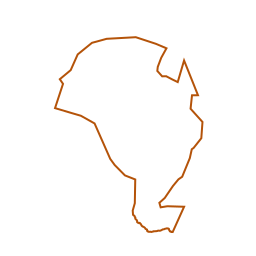 outline of Darxan, Hentiy, Mongolia, rotated 202°
{"feature_id": "93677404B15317120732328", "entity_name": "Darxan", "entity_type": "district", "adm_level": 2, "iso_a3": "MNG", "parent_name": "Mongolia", "parent_adm1": "Hentiy", "projection": "orthographic", "projection_center": [109.184, 46.592], "detail": "fine", "context": "isolated", "style": "outline", "palette": "amber", "viewbox_px": 256, "rotation_deg": 202, "n_neighbors": 0, "source": "geoboundaries", "source_scale": "gbopen_adm2", "svg_char_len": 2072}
<svg xmlns="http://www.w3.org/2000/svg" viewBox="0 0 256 256"><g transform="rotate(202 128 128)"><path d="M90.8,49.4L89.3,49.0L88.8,48.7L88.7,48.4L88.5,48.2L88.2,48.0L87.9,47.9L87.7,47.8L87.6,47.6L87.5,47.1L87.3,46.7L86.9,46.4L86.4,46.2L86.0,46.1L85.6,46.0L85.3,45.7L85.0,45.5L84.8,45.3L84.7,45.1L84.5,44.6L84.4,44.4L84.3,44.2L84.0,44.1L83.5,43.9L83.3,43.9L82.9,44.0L82.7,44.1L82.3,43.9L82.1,43.9L82.0,44.0L81.9,44.1L81.8,44.3L81.6,44.4L81.3,44.3L81.1,44.2L80.8,44.0L80.5,43.9L80.2,43.7L79.9,43.6L79.7,43.5L79.6,43.4L79.4,43.1L79.0,42.7L78.7,42.5L78.5,42.4L78.1,42.4L77.6,42.1L77.3,42.1L76.8,42.2L76.2,42.1L75.7,42.0L75.0,41.8L74.5,41.5L74.3,41.3L73.9,41.0L73.5,41.0L73.2,41.0L72.8,41.0L72.5,41.0L72.3,40.9L72.1,40.6L72.0,40.3L71.9,40.1L71.8,39.9L71.7,39.8L71.4,39.9L71.2,39.9L71.0,39.7L70.9,39.5L70.7,39.5L70.4,39.5L70.1,39.5L69.9,39.5L69.7,39.6L69.2,39.8L68.9,39.9L68.6,40.1L68.4,40.2L68.1,40.3L67.6,40.3L67.3,40.4L66.8,40.8L66.4,41.1L66.0,41.3L65.9,41.4L65.8,41.7L65.3,42.0L64.6,42.2L63.9,42.6L63.4,42.8L63.0,43.0L62.7,43.2L62.3,43.5L62.1,43.6L61.8,44.0L61.3,44.2L61.0,44.4L60.5,44.5L60.2,44.6L59.9,44.7L59.8,44.8L59.1,45.4L58.9,45.6L58.1,46.6L57.8,47.0L57.4,47.2L56.7,47.6L56.5,47.8L56.2,48.2L55.8,48.5L55.3,48.8L54.9,49.1L54.6,49.4L54.3,49.5L54.1,49.6L53.8,49.6L53.5,49.8L53.2,49.8L52.8,49.9L52.4,49.8L52.2,49.7L52.1,49.4L51.8,49.1L51.7,48.9L51.3,48.6L51.0,48.4L50.7,48.2L50.5,47.9L50.3,47.9L50.0,47.9L49.8,47.9L49.6,48.1L49.4,48.0L49.1,47.9L48.9,47.8L48.6,47.9L48.4,48.0L48.1,48.2L47.9,48.2L47.6,48.3L46.5,76.0L62.2,70.2L68.0,66.7L70.9,70.4L67.7,76.9L64.6,91.1L62.0,99.3L59.5,103.1L59.4,123.2L60.9,132.2L59.7,134.1L56.2,146.0L61.2,161.5L77.2,169.3L80.9,182.3L75.4,184.6L101.3,211.6L99.1,189.2L104.9,189.6L112.0,190.3L115.7,188.7L122.2,191.9L123.3,195.8L123.5,205.6L122.2,216.3L133.7,216.5L154.8,215.1L181.2,202.7L189.7,196.2L193.3,193.5L202.2,177.4L202.8,160.2L209.5,147.7L204.8,144.6L203.1,119.1L186.2,120.7L176.3,121.7L160.7,119.7L132.9,92.7L126.5,88.7L113.1,82.9L102.0,83.0L93.5,60.8L92.7,53.2L90.8,49.4Z" fill="none" stroke="#b45309" stroke-width="2"/></g></svg>